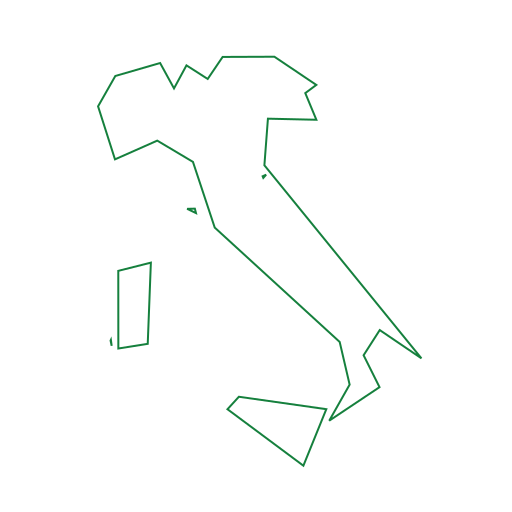 Italy, Natural Earth projection, rotated 9°
{"feature_id": "ITA", "entity_name": "Italy", "entity_type": "country or territory", "adm_level": 0, "iso_a3": "ITA", "parent_name": "Europe", "parent_adm1": "", "projection": "natural_earth1", "projection_center": [11.757, 41.885], "detail": "coarse", "context": "isolated", "style": "outline", "palette": "green", "viewbox_px": 512, "rotation_deg": 9, "n_neighbors": 0, "source": "natural_earth", "source_scale": "50m", "svg_char_len": 723}
<svg xmlns="http://www.w3.org/2000/svg" viewBox="0 0 512 512"><g transform="rotate(9 256 256)"><path d="M88.9,100.2L131.1,80.4L148.8,103.3L157.5,78.6L180.6,88.7L191.9,64.6L243.0,56.3L288.8,77.6L279.2,87.4L294.3,112.0L246.3,118.5L250.1,165.1L435.4,331.2L389.8,309.8L377.8,337.2L398.5,366.2L354.1,407.2L368.6,368.4L352.1,327.8L210.8,234.4L179.0,172.9L140.4,157.5L101.6,182.6L76.6,132.9L88.9,100.2ZM251.0,177.7L253.3,174.1L250.1,176.2L251.0,177.7ZM349.4,396.3L335.6,455.7L251.8,411.8L261.1,397.7L349.4,396.3ZM153.2,279.0L162.8,359.7L134.5,368.9L122.3,292.2L153.2,279.0ZM188.2,218.8L190.0,223.0L180.6,220.2L188.2,218.8ZM125.8,361.6L127.5,367.3L125.6,362.3L125.8,361.6Z" fill="none" stroke="#15803d" stroke-width="2"/></g></svg>